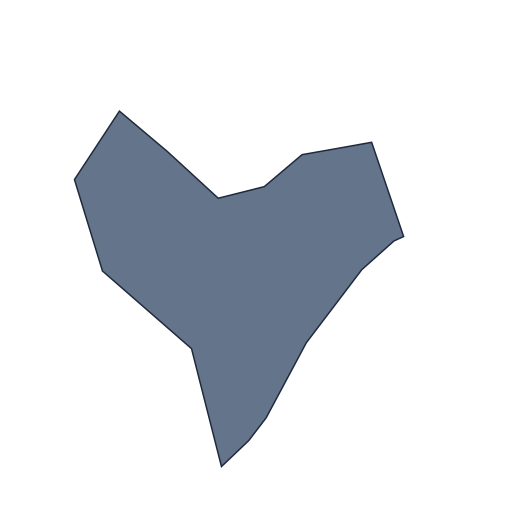 Distrito Nacional, Equal Earth projection, rotated 339°
{"feature_id": "DOM-1985", "entity_name": "Distrito Nacional", "entity_type": "National District", "adm_level": 1, "iso_a3": "DOM", "parent_name": "Dominican Republic", "parent_adm1": "", "projection": "equal_earth", "projection_center": [-69.937, 18.482], "detail": "fine", "context": "isolated", "style": "filled", "palette": "slate", "viewbox_px": 512, "rotation_deg": 339, "n_neighbors": 0, "source": "natural_earth", "source_scale": "10m", "svg_char_len": 374}
<svg xmlns="http://www.w3.org/2000/svg" viewBox="0 0 512 512"><g transform="rotate(339 256 256)"><path d="M400.8,290.7L390.2,291.4L350.0,306.6L271.9,355.0L207.5,410.7L183.1,425.7L148.3,440.2L162.6,319.4L107.3,215.0L113.9,119.6L180.4,71.8L210.8,126.9L241.4,188.5L288.6,194.2L335.3,177.9L404.7,191.3L400.8,290.7Z" fill="#64748b" stroke="#1e293b" stroke-width="1.5"/></g></svg>